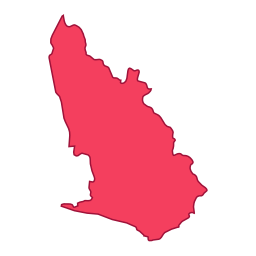 the Region of Western
{"feature_id": "GHA-2162", "entity_name": "Western", "entity_type": "Region", "adm_level": 1, "iso_a3": "GHA", "parent_name": "Ghana", "parent_adm1": "", "projection": "robinson", "projection_center": [-2.27, 5.896], "detail": "fine", "context": "isolated", "style": "filled", "palette": "rose", "viewbox_px": 256, "rotation_deg": 0, "n_neighbors": 0, "source": "natural_earth", "source_scale": "10m", "svg_char_len": 4694}
<svg xmlns="http://www.w3.org/2000/svg" viewBox="0 0 256 256"><path d="M56.8,93.6L55.8,92.2L49.1,57.8L49.2,56.2L49.8,55.2L51.4,54.2L51.9,53.6L53.6,48.2L53.4,47.6L52.2,45.1L51.1,43.5L50.8,42.5L50.9,39.0L52.3,35.3L62.2,16.1L63.3,15.4L63.3,15.7L64.2,20.8L64.8,22.8L65.7,24.6L66.0,25.0L66.4,25.5L67.0,26.1L67.6,26.4L68.1,26.6L69.2,26.7L69.6,26.7L70.1,26.6L73.3,25.1L74.3,24.9L75.2,25.1L76.5,25.7L79.1,27.3L80.3,28.6L81.3,29.8L83.3,34.1L83.8,36.1L85.1,39.5L85.2,40.1L85.3,41.8L85.4,42.3L85.5,42.8L85.7,43.3L85.9,44.3L85.9,44.9L85.9,45.4L85.2,47.2L85.0,47.8L85.0,48.4L85.1,49.2L85.3,50.2L85.8,51.7L86.1,52.7L86.1,53.5L86.1,54.2L86.4,54.6L86.7,54.9L87.1,55.2L89.4,55.9L90.2,56.3L93.6,59.2L94.0,59.5L94.9,59.7L96.0,59.7L99.3,59.4L100.0,59.5L100.8,59.8L101.9,60.4L102.5,60.9L102.8,61.4L103.2,63.4L103.5,64.4L104.0,65.1L104.4,65.5L104.8,65.8L105.2,66.0L106.9,66.6L107.9,67.1L108.4,67.5L108.8,68.0L112.6,77.1L113.0,77.5L113.5,77.8L114.0,77.9L116.3,78.0L116.8,78.1L117.3,78.3L118.2,78.9L119.3,79.8L120.1,80.2L120.8,80.2L120.5,82.6L120.7,82.8L121.2,83.2L121.9,83.3L122.6,83.3L123.1,83.2L123.6,83.1L124.3,82.6L124.6,82.4L125.8,81.2L126.0,80.7L126.4,79.7L126.8,78.7L127.0,77.6L127.9,70.9L128.1,70.1L128.5,69.0L129.0,68.5L129.5,68.2L130.0,68.3L130.4,68.4L131.2,68.8L133.9,70.7L134.4,70.8L135.1,70.8L136.9,70.1L137.6,70.0L138.3,70.1L138.7,70.4L138.9,70.7L139.0,71.1L139.1,71.5L139.1,72.0L139.1,72.5L137.5,78.0L137.4,79.2L137.4,79.8L137.5,80.3L137.7,80.7L138.5,81.1L144.8,82.8L145.2,83.0L145.6,83.3L145.9,83.6L146.5,84.8L146.7,85.3L147.1,86.8L147.3,87.4L147.5,88.0L148.1,88.6L148.6,88.9L149.3,89.0L151.2,88.9L150.8,90.4L150.2,91.3L148.8,92.8L147.7,93.6L145.4,94.7L144.0,95.6L143.3,96.2L142.9,96.8L142.8,97.3L142.6,98.4L142.5,99.6L142.6,100.9L142.8,101.5L143.0,102.3L143.7,103.5L144.0,103.9L146.5,105.8L147.9,106.6L148.6,106.8L149.1,106.9L150.8,107.6L151.5,108.1L152.4,109.2L152.7,109.8L153.6,112.4L153.9,112.8L154.2,113.1L154.6,113.3L157.3,114.6L158.6,115.3L158.9,115.7L159.3,115.9L160.9,117.8L164.8,124.2L165.0,124.5L165.3,124.8L166.8,126.1L167.2,126.4L167.7,126.6L169.7,127.2L170.1,127.3L170.7,127.9L171.3,128.7L172.5,130.5L172.9,131.5L173.1,132.4L173.0,133.0L172.7,134.7L172.6,136.2L172.7,137.3L172.9,137.9L173.2,138.3L174.3,138.8L174.9,139.4L175.1,140.0L175.1,140.5L174.8,140.8L174.3,141.5L174.0,141.9L173.8,142.3L173.6,142.8L173.6,143.4L173.6,145.3L173.5,146.4L173.1,148.5L172.5,150.0L172.4,150.9L172.5,151.9L172.8,153.9L173.1,154.7L173.5,155.3L174.0,155.3L174.5,155.2L177.3,153.9L178.2,153.7L179.2,153.6L179.7,153.6L180.2,153.7L180.7,153.9L181.1,154.1L182.1,155.0L182.5,155.2L182.9,155.4L183.4,155.5L185.5,155.6L186.5,155.8L187.4,156.1L188.3,156.5L189.8,157.5L190.9,158.6L192.0,159.9L192.8,161.4L192.9,161.8L193.0,162.3L192.9,162.7L192.5,163.4L192.2,163.8L191.8,164.0L191.4,164.2L191.1,164.4L190.8,164.8L190.6,165.2L190.3,166.2L190.1,167.4L190.1,167.9L190.1,168.5L190.4,169.6L191.0,171.3L192.3,173.2L192.6,173.6L193.3,174.2L194.2,174.5L194.7,174.8L195.3,175.3L196.0,176.0L196.4,176.6L196.7,177.3L197.3,179.5L197.5,180.2L197.8,180.8L198.9,182.2L201.7,185.1L205.2,187.6L205.8,188.2L206.7,189.3L206.9,190.1L206.9,190.6L206.6,190.9L204.0,193.2L203.0,194.7L202.7,195.0L202.3,195.3L202.0,195.5L201.6,195.7L201.1,195.8L200.7,195.8L199.5,195.8L199.0,195.9L198.2,196.2L197.8,196.3L197.4,196.6L197.1,196.8L196.8,197.1L196.2,197.9L194.5,201.4L194.2,202.4L193.9,203.5L193.6,205.8L193.5,206.9L194.3,213.2L194.2,213.3L193.0,212.6L191.5,212.5L190.0,212.9L188.9,213.9L188.8,214.6L189.4,216.1L189.2,216.9L188.7,217.6L188.3,217.9L182.4,221.2L181.4,222.1L178.9,225.2L178.7,225.9L178.9,226.6L178.8,227.0L178.1,227.2L177.3,227.3L171.4,229.2L164.8,232.5L163.5,233.9L161.4,237.2L160.1,238.6L158.9,239.2L153.0,240.0L151.8,240.5L149.5,240.6L149.0,240.5L148.4,239.9L148.1,238.9L148.2,237.8L148.0,236.9L146.9,236.5L146.2,236.4L144.9,236.0L144.0,235.9L144.0,235.4L143.2,234.5L139.6,231.2L137.8,230.3L136.9,229.7L136.6,228.9L136.5,228.2L136.1,227.4L135.6,226.8L126.7,222.9L112.2,219.5L98.1,214.1L86.9,213.1L74.5,210.7L62.6,206.6L61.3,206.2L61.6,204.6L62.2,204.4L63.0,204.1L64.0,203.9L70.1,204.0L72.0,204.6L72.5,205.1L73.5,206.9L74.0,207.2L75.1,207.0L76.9,206.2L77.8,205.9L77.6,203.2L80.0,202.1L83.1,201.5L84.9,200.6L88.3,200.7L90.3,200.4L91.5,199.4L92.4,197.6L91.9,197.0L90.8,195.9L90.5,195.5L90.4,194.6L90.8,192.6L90.8,191.8L90.4,190.7L89.2,188.7L89.0,187.4L89.6,181.4L92.5,182.0L93.6,181.7L94.4,180.5L94.7,178.8L94.3,177.0L92.0,170.8L90.4,163.9L90.2,158.8L89.9,157.2L89.2,156.0L88.1,154.9L82.0,153.2L80.6,153.8L77.9,155.7L76.2,155.9L74.1,154.7L73.7,152.1L74.6,146.1L69.0,146.6L69.8,135.5L69.6,132.0L68.6,128.5L65.3,121.6L64.0,118.2L61.4,102.0L59.6,96.5L57.1,93.9L56.8,93.6Z" fill="#f43f5e" stroke="#9f1239" stroke-width="1.5"/></svg>